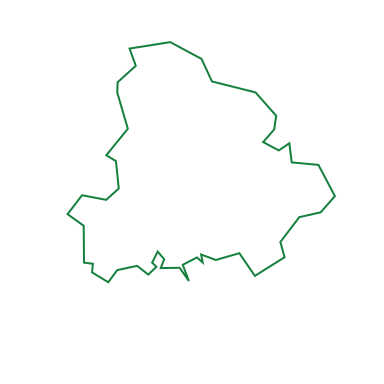 Volgograd, Albers equal-area conic projection, rotated 30°
{"feature_id": "RUS-2369", "entity_name": "Volgograd", "entity_type": "Region", "adm_level": 1, "iso_a3": "RUS", "parent_name": "Russia", "parent_adm1": "", "projection": "albers", "projection_center": [44.238, 49.343], "detail": "coarse", "context": "isolated", "style": "outline", "palette": "green", "viewbox_px": 384, "rotation_deg": 30, "n_neighbors": 0, "source": "natural_earth", "source_scale": "10m", "svg_char_len": 750}
<svg xmlns="http://www.w3.org/2000/svg" viewBox="0 0 384 384"><g transform="rotate(30 192 192)"><path d="M317.8,124.1L313.6,145.3L297.5,160.1L293.5,191.1L304.8,202.2L288.4,233.2L263.6,221.3L246.7,238.9L231.2,241.6L236.5,247.7L229.0,246.2L220.4,259.7L233.8,270.6L219.2,263.8L203.0,273.5L201.5,264.1L192.1,260.8L192.8,273.1L198.6,274.6L195.4,285.4L181.4,283.4L166.3,297.0L164.6,312.0L145.7,311.6L142.0,303.7L133.8,307.2L115.1,275.4L95.3,273.4L98.4,249.8L121.6,241.7L126.8,225.6L110.7,203.3L99.4,203.0L104.8,169.3L77.6,143.3L72.7,134.1L80.2,110.8L66.2,99.0L98.2,73.1L133.8,72.0L154.0,86.3L197.2,74.0L226.8,83.9L231.9,96.7L228.7,113.2L246.4,112.6L251.9,101.1L263.6,116.5L287.9,105.3L317.8,124.1Z" fill="none" stroke="#15803d" stroke-width="2"/></g></svg>